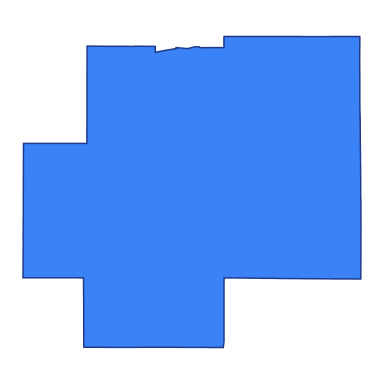 the district of Naracoorte Lucindale, South Australia, Australia
{"feature_id": "25037944B94364154888431", "entity_name": "Naracoorte Lucindale", "entity_type": "district", "adm_level": 2, "iso_a3": "AUS", "parent_name": "Australia", "parent_adm1": "South Australia", "projection": "mercator", "projection_center": [140.584, -36.995], "detail": "fine", "context": "isolated", "style": "filled", "palette": "blue", "viewbox_px": 384, "rotation_deg": 0, "n_neighbors": 0, "source": "geoboundaries", "source_scale": "gbopen_adm2", "svg_char_len": 2969}
<svg xmlns="http://www.w3.org/2000/svg" viewBox="0 0 384 384"><path d="M359.8,36.5L359.7,36.5L354.6,36.5L354.4,36.5L354.0,36.5L347.9,36.5L340.5,36.5L340.3,36.5L331.1,36.5L328.5,36.6L328.2,36.6L320.9,36.6L310.8,36.6L305.4,36.6L299.3,36.5L292.5,36.5L289.0,36.5L279.4,36.5L271.6,36.5L262.6,36.5L254.3,36.5L254.2,36.5L249.8,36.5L249.4,36.5L247.8,36.5L234.6,36.5L229.3,36.5L224.0,36.5L223.9,39.7L223.9,45.2L224.1,47.6L211.5,47.6L199.9,47.7L199.2,46.8L195.0,46.8L193.5,47.1L187.7,48.6L182.1,48.1L176.1,47.6L176.4,48.6L175.3,48.8L175.3,48.7L168.2,49.9L165.9,50.2L165.0,50.4L155.4,52.3L155.3,49.2L155.3,47.1L155.3,46.4L155.0,46.4L154.6,46.4L153.8,46.4L151.7,46.3L143.2,46.4L143.0,46.2L142.0,46.2L137.6,46.2L134.8,46.2L134.8,46.4L131.0,46.4L126.4,46.3L108.8,46.3L87.1,46.1L87.0,75.8L87.0,112.3L86.9,134.3L86.8,134.7L86.8,134.9L86.9,136.9L86.9,138.4L86.9,139.8L86.9,143.4L81.4,143.4L77.8,143.4L70.3,143.4L65.8,143.4L58.6,143.4L54.3,143.4L49.1,143.4L45.1,143.4L39.8,143.4L36.9,143.4L23.5,143.4L23.4,172.4L23.3,194.5L23.3,209.3L23.3,219.9L23.2,219.9L23.2,225.9L23.2,227.5L23.2,228.3L23.2,229.4L23.2,230.5L23.2,231.0L23.1,232.8L23.1,237.2L23.2,237.6L23.2,237.8L23.2,243.0L23.1,259.0L23.1,262.7L23.1,265.1L23.0,277.7L23.0,277.8L29.8,277.8L34.0,277.8L39.4,277.8L39.7,277.8L39.8,277.8L41.9,277.8L42.0,277.8L44.8,277.8L46.2,277.8L48.4,277.8L48.5,277.8L59.2,277.8L60.5,277.8L69.9,277.8L71.3,277.8L73.3,277.8L77.9,277.8L78.7,277.9L83.5,277.9L83.6,293.8L83.7,304.3L83.7,316.1L83.7,320.9L83.8,345.8L83.8,346.5L83.8,347.2L90.4,347.3L98.0,347.3L103.6,347.3L110.0,347.4L116.3,347.4L121.3,347.4L130.1,347.4L135.3,347.4L141.6,347.3L152.9,347.3L153.0,347.3L161.9,347.3L163.8,347.3L167.8,347.3L171.8,347.3L178.2,347.3L184.0,347.4L193.4,347.4L197.3,347.4L204.0,347.4L210.1,347.5L212.9,347.5L219.2,347.5L222.9,347.5L223.3,347.5L223.3,347.4L224.0,341.7L224.0,291.3L224.0,289.2L224.0,284.5L224.1,279.3L224.0,277.9L229.4,277.9L242.4,278.0L254.1,278.2L260.3,278.2L262.7,278.3L263.1,278.3L264.1,278.3L265.7,278.3L270.4,278.3L281.2,278.5L293.0,278.6L294.9,278.6L297.8,278.6L300.0,278.6L305.8,278.7L309.5,278.7L310.0,278.7L311.1,278.7L312.1,278.7L313.9,278.7L322.4,278.8L324.8,278.8L325.5,278.8L328.2,278.8L334.4,278.9L337.0,278.9L344.2,278.9L349.9,278.9L350.0,278.9L355.3,279.0L360.7,279.0L360.8,279.0L360.8,275.0L360.8,271.1L360.8,270.9L360.9,256.5L360.9,256.4L360.9,251.9L360.9,246.6L360.9,237.5L360.9,236.3L361.0,225.7L360.9,211.0L360.9,209.2L360.9,204.0L360.9,202.9L360.8,198.0L360.7,196.9L360.7,193.1L360.7,179.8L360.6,173.3L360.6,166.5L360.5,163.2L360.5,159.3L360.5,155.4L360.5,154.4L360.4,151.5L360.4,148.7L360.3,142.9L360.3,139.7L360.3,136.6L360.3,134.8L360.2,129.8L360.2,128.1L360.2,125.7L360.2,124.9L360.2,121.9L360.0,111.9L359.9,110.3L359.9,110.0L359.8,95.4L359.8,92.4L359.8,83.4L359.8,82.8L359.8,75.3L359.7,67.5L359.7,67.3L359.7,66.8L359.7,64.5L359.7,63.4L359.7,63.1L359.7,48.4L359.8,48.4L359.8,46.9L359.8,46.6L359.8,36.5L359.8,36.5Z" fill="#3b82f6" stroke="#1e3a8a" stroke-width="1.5"/></svg>